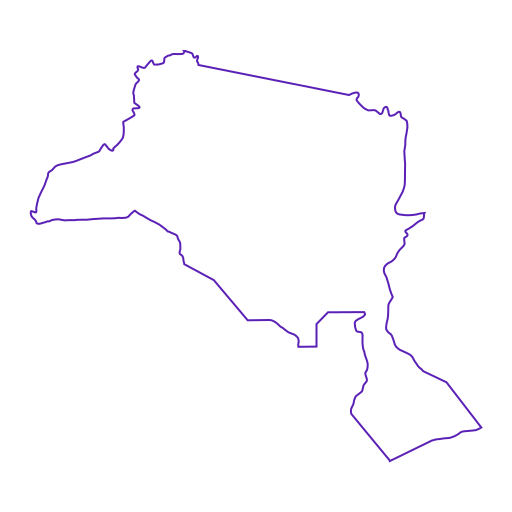 outline of Santa Maria, La Paz, Honduras
{"feature_id": "27666195B95776032700257", "entity_name": "Santa Maria", "entity_type": "district", "adm_level": 2, "iso_a3": "HND", "parent_name": "Honduras", "parent_adm1": "La Paz", "projection": "albers", "projection_center": [-87.93, 14.257], "detail": "fine", "context": "isolated", "style": "outline", "palette": "violet", "viewbox_px": 512, "rotation_deg": 0, "n_neighbors": 0, "source": "geoboundaries", "source_scale": "gbopen_adm2", "svg_char_len": 5970}
<svg xmlns="http://www.w3.org/2000/svg" viewBox="0 0 512 512"><path d="M36.7,223.3L38.3,223.8L39.5,223.8L41.5,223.3L43.6,222.6L45.4,222.2L47.5,221.3L49.4,221.3L51.1,220.4L52.2,220.0L54.5,219.6L57.2,219.3L58.7,219.3L64.7,220.4L66.9,220.2L75.0,220.1L77.2,219.8L87.0,219.7L92.8,219.1L103.7,218.4L111.4,218.4L115.6,218.2L118.3,217.8L121.6,218.0L125.1,217.8L126.8,217.4L128.3,216.7L130.9,213.8L134.0,211.2L134.9,210.7L138.4,213.4L139.8,214.2L141.1,214.9L143.0,215.7L145.7,217.4L150.7,220.3L153.7,221.6L159.2,224.5L165.4,229.1L167.8,231.5L169.1,231.7L170.8,232.6L174.9,234.3L176.6,235.3L177.3,236.3L178.0,238.7L178.7,240.1L179.7,241.7L180.2,243.1L180.4,249.1L179.7,251.4L179.6,252.6L179.7,253.5L179.9,253.9L182.2,255.7L183.1,257.6L183.3,258.4L183.4,260.0L184.3,264.2L213.8,280.1L247.7,320.3L268.9,320.0L271.2,320.2L272.9,320.8L275.1,322.0L276.3,322.9L277.6,323.9L280.3,326.5L281.0,327.0L282.0,327.4L287.7,331.8L289.1,332.6L294.1,334.5L295.6,335.5L297.0,336.8L297.7,337.6L298.1,338.3L298.6,340.4L298.7,341.6L298.2,344.4L298.4,346.8L316.5,346.6L316.5,324.1L328.0,312.3L364.2,312.1L364.8,313.4L365.0,314.6L363.6,316.2L362.9,316.8L357.9,319.4L355.9,320.8L355.3,321.5L355.0,322.1L354.8,322.9L354.8,323.9L355.2,327.6L355.7,328.8L355.9,329.9L356.2,330.6L356.9,331.3L357.7,331.7L360.0,332.0L361.4,332.4L362.1,333.2L362.5,334.7L362.6,335.4L362.5,339.4L362.5,342.9L362.7,345.5L363.1,348.2L363.6,350.2L364.3,351.7L364.8,354.6L367.1,361.1L367.7,363.9L367.6,367.0L367.2,369.2L366.9,370.3L366.1,371.2L366.0,371.9L365.4,372.6L365.3,373.2L365.5,374.8L366.7,378.5L366.9,379.5L366.9,380.4L366.6,381.4L364.0,384.6L363.5,385.5L362.5,389.8L362.0,391.3L361.3,392.0L356.1,396.0L355.3,397.2L354.2,400.0L353.9,401.2L353.7,402.8L353.4,404.0L352.4,406.2L351.3,408.4L350.9,410.7L351.1,412.9L351.3,413.9L389.9,460.7L389.9,461.0L431.7,440.6L436.1,439.4L439.0,439.1L444.7,438.3L448.7,438.0L450.8,437.6L454.8,436.1L458.1,434.2L460.8,432.2L462.7,431.5L465.1,431.2L472.1,430.6L476.0,430.1L479.0,428.8L481.3,427.5L446.5,382.3L423.2,371.2L421.7,369.4L419.3,367.5L417.9,365.9L414.4,360.8L412.5,357.2L411.0,355.5L409.8,354.6L407.2,353.2L399.8,349.8L397.9,348.4L396.6,347.2L395.7,346.0L394.9,344.6L393.2,339.2L392.0,336.1L391.3,334.9L390.7,334.1L389.2,333.1L388.2,332.2L386.9,330.5L386.2,329.2L386.1,327.6L386.3,325.1L386.8,322.4L387.7,318.6L387.9,317.2L388.2,312.8L388.3,306.6L388.4,305.0L388.7,304.0L389.3,302.8L392.2,298.1L392.7,297.1L392.6,296.6L391.7,294.6L389.9,289.6L388.6,284.3L386.7,278.0L386.1,276.5L384.8,274.2L384.2,272.6L383.9,271.2L383.8,269.9L383.9,268.8L384.2,267.6L385.0,266.0L386.8,264.2L388.3,263.1L390.6,262.0L391.8,261.2L393.3,260.0L394.6,258.7L395.9,256.8L397.3,253.4L398.8,251.0L399.8,249.7L403.0,246.5L404.0,245.2L404.4,244.3L404.6,243.5L404.2,240.0L404.2,238.1L404.8,237.5L406.8,236.3L407.3,235.6L407.5,235.0L407.5,234.4L407.2,233.8L406.7,233.2L405.7,232.2L405.4,231.7L405.3,231.1L405.5,230.7L406.1,230.1L408.4,228.9L412.9,226.0L416.7,222.9L418.5,221.6L420.3,220.6L422.8,219.4L423.4,218.8L423.7,218.1L423.9,216.9L424.1,213.8L424.5,213.0L420.2,213.5L416.2,214.5L412.5,215.0L409.1,215.2L405.7,215.2L399.8,214.5L398.0,214.0L396.5,213.0L395.5,211.3L395.1,209.2L395.0,206.8L395.6,204.6L398.6,199.4L402.6,191.9L404.0,187.9L404.7,185.0L404.9,181.5L405.1,163.7L404.7,158.5L404.3,151.3L405.3,144.7L405.3,141.2L405.6,137.9L406.4,133.9L407.4,127.5L407.3,123.9L406.6,120.7L403.6,118.5L402.1,117.7L401.4,117.1L401.0,116.4L400.7,114.1L400.3,112.6L400.1,112.2L399.6,111.9L398.9,111.8L398.1,112.1L397.1,112.8L395.6,114.1L393.8,115.1L391.6,115.7L390.2,115.8L389.6,115.6L389.2,115.1L388.6,113.0L388.3,110.5L387.7,109.4L387.4,107.8L386.9,107.2L386.4,106.9L385.8,106.9L385.2,107.1L384.5,107.6L383.8,108.3L383.5,108.9L382.2,113.1L381.5,113.7L380.7,114.0L380.1,114.0L379.7,113.8L376.3,111.0L375.1,110.3L373.6,110.1L368.8,110.4L368.1,110.3L367.0,109.8L364.7,108.6L363.1,107.4L359.0,103.3L356.9,100.7L356.5,99.9L356.7,99.0L357.1,98.1L357.9,97.4L358.3,96.8L358.6,95.9L358.8,95.0L358.7,94.2L358.4,93.3L357.9,92.8L357.1,92.5L356.1,92.5L354.9,92.7L351.9,93.6L349.1,95.0L348.4,94.9L198.5,65.0L198.1,63.0L197.0,61.2L197.1,60.2L197.8,58.3L198.1,57.1L198.0,56.5L197.8,56.1L197.4,56.0L197.0,56.0L195.4,57.4L194.8,57.6L194.1,57.5L193.5,56.9L192.7,54.5L192.3,53.8L191.9,53.3L190.8,52.8L187.2,51.7L185.6,51.0L184.1,51.0L184.5,51.5L184.3,52.1L183.2,53.5L182.4,53.9L179.7,54.1L173.8,54.0L171.9,54.3L170.2,55.3L168.2,55.6L164.7,57.7L164.5,58.1L164.3,58.8L164.2,60.8L164.0,62.2L163.5,62.9L162.6,63.4L158.3,64.5L155.7,64.6L154.4,64.6L153.9,64.2L153.0,62.5L152.4,60.8L152.0,60.6L151.6,60.5L150.9,60.7L149.9,61.7L146.5,65.7L145.3,67.3L144.7,67.8L144.0,67.9L143.0,67.8L138.9,66.3L138.0,66.2L137.6,66.5L137.5,66.9L137.5,67.6L137.7,68.4L138.2,69.2L138.1,70.0L137.3,71.3L135.5,72.7L135.0,73.5L134.7,74.2L135.4,75.4L137.0,77.6L138.6,78.9L138.9,79.5L139.0,80.1L138.7,80.7L138.3,81.4L136.3,83.4L135.5,84.4L133.8,90.0L133.4,91.9L133.3,93.2L133.4,93.9L133.9,95.4L134.3,102.8L135.4,103.7L137.5,105.1L138.7,106.0L139.4,106.8L139.5,107.2L139.5,107.5L139.2,107.9L138.2,108.2L133.7,108.4L133.1,108.6L132.6,109.3L132.5,110.3L132.8,111.0L133.7,112.4L134.2,113.6L134.5,114.6L134.3,115.4L129.5,118.4L123.9,121.5L123.3,121.9L123.2,122.9L123.8,127.5L123.8,130.3L123.6,134.4L123.0,137.2L122.5,138.4L121.6,139.7L119.6,142.3L117.4,144.7L114.6,147.2L113.5,148.3L113.2,148.9L113.4,149.9L113.1,150.3L112.4,150.7L111.7,150.6L110.6,150.1L108.8,149.0L105.3,144.5L104.8,144.2L104.3,144.3L103.7,144.6L103.2,145.1L100.8,148.5L99.6,150.7L99.0,151.4L98.2,151.9L92.9,153.9L91.0,155.2L90.1,155.6L86.2,157.0L74.6,161.5L72.5,162.1L60.6,164.4L57.8,165.2L56.3,165.9L54.9,166.9L52.1,170.0L50.8,170.9L49.4,171.7L48.7,172.4L48.1,173.6L48.0,175.2L47.6,177.1L46.8,178.9L44.3,185.9L40.8,192.8L38.4,198.2L36.6,205.8L36.2,209.2L36.4,210.1L36.4,211.1L36.1,212.1L35.8,212.4L35.4,212.4L32.6,211.5L31.6,211.1L31.0,211.3L30.8,211.8L30.7,212.9L30.9,214.1L31.1,215.0L31.5,216.1L32.4,217.4L34.7,219.5L35.6,220.6L36.2,221.8L36.7,223.3Z" fill="none" stroke="#5b21b6" stroke-width="2"/></svg>